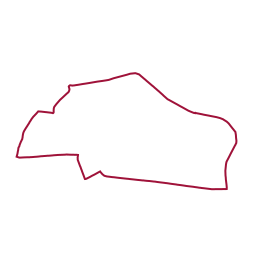 Ath Thawrah, Amanat Al Asimah, Yemen, rotated 94°
{"feature_id": "15242507B17333153268862", "entity_name": "Ath Thawrah", "entity_type": "district", "adm_level": 2, "iso_a3": "YEM", "parent_name": "Yemen", "parent_adm1": "Amanat Al Asimah", "projection": "equal_earth", "projection_center": [44.198, 15.391], "detail": "fine", "context": "isolated", "style": "outline", "palette": "rose", "viewbox_px": 256, "rotation_deg": 94, "n_neighbors": 0, "source": "geoboundaries", "source_scale": "gbopen_adm2", "svg_char_len": 4000}
<svg xmlns="http://www.w3.org/2000/svg" viewBox="0 0 256 256"><g transform="rotate(94 128 128)"><path d="M165.1,234.4L165.0,233.1L164.4,228.3L164.3,227.1L164.0,223.8L163.9,223.4L163.7,221.6L163.5,220.3L163.4,219.8L163.0,216.9L162.6,214.6L162.3,213.2L162.1,211.8L162.1,211.6L161.9,210.4L161.5,207.5L161.3,206.5L161.2,205.3L161.0,203.8L160.5,200.7L160.4,200.3L159.9,196.8L159.8,196.3L159.3,191.6L159.2,190.9L159.0,188.8L158.9,188.5L158.7,187.2L158.8,186.8L158.7,186.6L158.7,185.1L158.6,181.9L158.5,181.4L158.5,180.6L158.3,177.0L158.4,176.5L158.4,176.0L159.2,176.0L160.2,176.1L160.8,176.2L161.4,176.1L162.6,176.0L162.8,176.0L163.3,175.9L164.4,175.4L167.5,174.0L169.5,173.1L169.7,172.9L171.3,172.2L172.7,171.6L173.0,171.4L174.7,170.7L177.7,169.3L181.5,167.6L181.9,167.4L181.8,166.6L181.3,165.6L180.8,164.8L180.4,164.1L179.1,161.9L178.7,161.4L177.7,159.8L177.4,159.2L176.4,157.6L174.3,154.4L173.3,152.8L173.6,152.6L174.6,151.6L176.0,150.2L176.5,149.4L177.3,148.3L177.6,146.8L177.7,146.1L177.8,145.8L177.9,143.4L178.1,140.3L178.1,138.6L178.3,135.2L178.4,133.1L178.6,127.9L178.7,124.9L178.7,124.2L178.8,122.8L178.9,119.8L179.1,115.1L179.2,111.5L179.3,109.9L179.2,109.4L179.3,108.1L179.4,105.5L179.4,105.0L179.4,104.0L179.4,102.7L179.6,98.7L179.6,97.3L179.8,95.2L180.0,91.8L180.2,87.6L180.3,86.6L180.3,86.3L180.3,85.5L180.6,82.0L180.7,80.6L181.0,75.7L181.1,75.2L181.3,71.3L181.4,70.0L181.5,68.6L181.7,66.4L181.8,65.2L182.0,60.6L182.1,58.7L182.3,56.4L182.3,56.2L182.4,54.7L182.6,52.6L182.6,51.1L182.7,50.8L182.8,47.9L183.2,40.3L182.5,31.0L182.4,29.9L182.2,27.8L182.0,25.3L181.7,25.3L180.7,25.3L178.1,25.7L176.0,26.1L172.4,26.8L170.7,27.0L169.1,27.3L168.6,27.4L163.9,27.9L163.7,27.9L160.7,27.8L157.2,27.7L156.8,27.6L156.2,27.6L155.8,27.5L155.0,27.4L154.4,27.2L151.7,26.0L148.9,24.8L146.5,23.8L140.8,21.3L139.2,20.6L138.3,20.2L137.8,20.0L137.6,19.8L136.7,19.5L135.8,19.1L135.3,18.9L134.7,19.0L133.4,18.9L130.3,19.5L127.4,19.9L124.4,20.6L123.9,21.1L122.8,22.1L121.9,22.9L121.3,23.5L119.1,25.5L116.4,27.9L114.8,29.9L113.3,32.7L113.1,33.1L112.7,33.7L111.7,36.8L111.0,40.4L110.4,45.3L110.2,47.0L110.1,47.5L109.4,53.6L109.2,54.7L108.7,58.5L108.5,60.2L108.3,61.5L108.2,61.8L108.5,61.9L108.4,62.8L108.4,63.3L107.3,66.7L107.0,67.6L106.8,68.1L106.6,68.8L103.4,75.6L102.7,77.2L101.3,80.1L101.1,80.5L100.2,82.5L97.7,87.9L97.2,88.9L96.9,89.7L96.7,90.1L96.4,90.7L95.7,91.6L93.0,95.1L92.5,95.6L91.6,96.8L89.8,99.1L89.3,99.7L88.4,101.0L87.3,102.4L85.9,104.3L84.6,105.9L84.5,106.2L80.5,111.6L79.8,112.6L79.7,112.7L78.6,114.1L77.4,115.8L76.1,117.5L75.6,118.3L75.4,118.5L75.0,119.0L74.1,120.2L73.6,121.0L73.6,121.4L73.3,122.4L72.8,124.5L73.7,129.6L75.0,133.0L75.2,133.6L79.4,145.9L81.1,149.9L81.4,150.7L82.1,153.6L82.8,156.7L83.8,161.5L84.1,162.8L85.7,169.3L86.1,171.0L86.8,174.0L87.2,175.9L88.4,180.8L88.8,182.7L89.3,184.8L89.4,185.7L89.6,186.5L89.5,187.0L89.5,187.8L89.4,188.7L89.7,189.1L90.3,189.8L90.9,190.0L91.3,189.8L92.5,189.4L92.9,189.2L93.0,189.2L93.6,189.1L95.0,189.3L96.4,189.9L98.7,192.2L99.0,192.4L99.6,193.0L102.3,195.5L104.6,197.7L109.1,201.1L112.0,203.0L113.5,203.4L113.9,203.4L114.2,203.4L116.3,203.4L116.7,203.3L117.3,203.3L117.7,203.3L118.2,203.6L118.4,203.8L118.4,204.2L118.2,205.1L118.1,206.5L118.0,208.8L117.9,210.6L117.9,211.2L117.7,215.7L117.7,218.7L120.7,221.0L121.1,221.4L121.9,222.0L123.4,223.3L123.6,223.4L124.2,223.8L125.4,224.6L126.3,225.1L127.3,225.6L129.2,226.7L129.6,226.8L130.4,227.2L131.8,228.0L132.0,228.1L132.6,228.4L135.1,229.8L136.2,230.4L136.7,230.6L137.2,230.9L137.8,231.2L138.4,231.5L138.7,231.6L139.2,231.8L139.9,232.0L140.2,232.1L142.2,232.4L142.8,232.4L143.4,232.5L143.9,232.5L144.6,232.5L145.2,232.6L145.9,232.7L146.4,232.7L146.6,232.8L148.0,233.4L148.6,233.6L149.2,233.9L150.2,234.2L151.1,234.5L151.4,234.6L152.3,234.9L152.9,235.0L153.5,235.1L154.0,235.2L154.2,235.3L154.5,235.5L155.0,235.8L155.5,235.9L155.8,235.9L156.4,236.0L157.5,236.0L159.3,236.3L159.6,236.3L161.5,236.5L162.9,236.8L164.4,237.1L164.6,236.4L165.1,234.4Z" fill="none" stroke="#9f1239" stroke-width="2"/></g></svg>